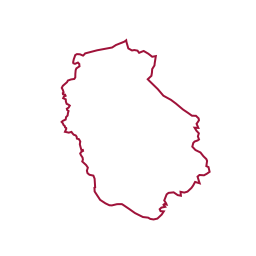 outline of Sanquin Dist #2, Sinoe, Liberia, rotated 137°
{"feature_id": "62588387B29712288551419", "entity_name": "Sanquin Dist #2", "entity_type": "district", "adm_level": 2, "iso_a3": "LBR", "parent_name": "Liberia", "parent_adm1": "Sinoe", "projection": "albers", "projection_center": [-9.171, 5.211], "detail": "fine", "context": "isolated", "style": "outline", "palette": "rose", "viewbox_px": 256, "rotation_deg": 137, "n_neighbors": 0, "source": "geoboundaries", "source_scale": "gbopen_adm2", "svg_char_len": 2362}
<svg xmlns="http://www.w3.org/2000/svg" viewBox="0 0 256 256"><g transform="rotate(137 128 128)"><path d="M193.3,107.2L195.7,104.3L196.5,99.7L197.4,94.4L195.9,88.3L194.3,84.2L192.6,82.4L188.0,79.8L184.4,76.5L184.0,75.1L182.4,68.2L180.9,61.0L177.8,52.7L174.4,48.7L173.7,46.3L172.3,44.5L171.7,43.7L168.3,41.7L162.4,41.7L158.7,42.6L160.9,45.0L160.2,47.0L157.8,47.0L154.6,45.0L154.4,47.6L153.3,47.6L152.0,45.7L151.5,47.0L150.9,50.3L145.0,53.1L142.6,52.9L138.5,49.8L137.4,45.0L135.5,42.4L133.1,45.5L130.9,42.4L127.9,40.9L122.5,40.9L119.6,41.5L115.7,42.8L113.3,38.7L112.0,41.5L110.3,45.0L107.8,44.9L104.7,41.6L101.7,40.8L98.2,40.3L95.8,44.5L96.7,46.7L92.6,50.0L92.4,50.5L91.9,51.9L92.1,55.9L91.7,60.7L93.7,65.9L93.7,70.5L91.0,72.2L90.6,72.5L88.5,72.7L85.6,71.4L83.9,71.2L82.6,74.2L79.8,75.8L79.8,79.3L79.1,82.8L76.5,80.1L75.1,84.0L75.0,84.3L72.2,84.9L70.8,85.3L69.8,86.9L70.0,90.6L72.8,93.3L73.0,94.1L73.7,97.6L74.4,100.7L74.9,102.8L75.2,104.2L76.3,113.2L77.4,119.3L80.1,127.5L79.7,136.2L80.3,148.6L80.3,150.2L75.3,150.2L72.7,152.2L70.1,154.6L66.0,155.7L64.0,157.4L58.6,161.6L61.7,163.6L62.5,168.6L64.0,173.6L65.1,174.1L68.6,175.4L68.3,178.1L70.2,180.7L72.2,182.0L73.5,186.0L70.5,191.9L69.5,193.4L71.7,193.6L80.2,196.9L84.7,197.7L97.6,205.9L108.5,211.8L109.8,211.6L111.5,211.6L112.9,214.7L115.0,216.9L116.9,217.3L118.7,216.3L120.7,215.3L123.3,213.5L123.8,212.6L123.0,211.1L120.0,210.0L120.0,208.0L120.3,207.7L121.4,206.2L125.1,206.8L126.8,206.0L129.6,203.5L132.0,201.0L133.8,200.5L136.6,202.4L139.6,203.7L141.4,203.1L144.3,203.2L146.9,203.3L149.1,202.5L149.4,201.3L149.8,200.0L150.7,198.1L151.9,198.0L152.5,197.0L151.3,195.4L151.7,194.1L153.5,194.7L155.1,194.0L154.0,191.4L155.4,189.7L156.4,187.5L155.6,185.6L155.3,184.1L157.5,183.4L159.6,183.8L160.2,182.6L159.9,181.0L161.7,179.9L163.7,178.3L165.9,178.2L167.8,176.7L170.9,177.7L172.4,177.7L172.4,176.2L173.1,174.0L172.9,172.5L173.6,171.4L173.2,170.2L173.7,169.5L176.7,168.2L175.3,166.2L174.5,165.0L172.0,163.7L172.2,162.6L172.3,160.2L171.3,158.2L171.5,156.7L172.6,155.1L171.5,153.3L172.1,150.7L174.3,149.0L175.5,146.8L177.1,143.7L176.0,142.8L176.5,141.9L178.3,142.4L180.3,142.0L180.8,140.7L181.0,139.9L181.4,137.4L181.7,136.9L182.6,135.6L184.3,134.7L183.9,129.4L184.4,126.4L187.2,124.8L188.4,122.6L188.1,120.1L185.8,116.8L187.0,113.7L192.5,107.0L193.3,107.2Z" fill="none" stroke="#9f1239" stroke-width="2"/></g></svg>